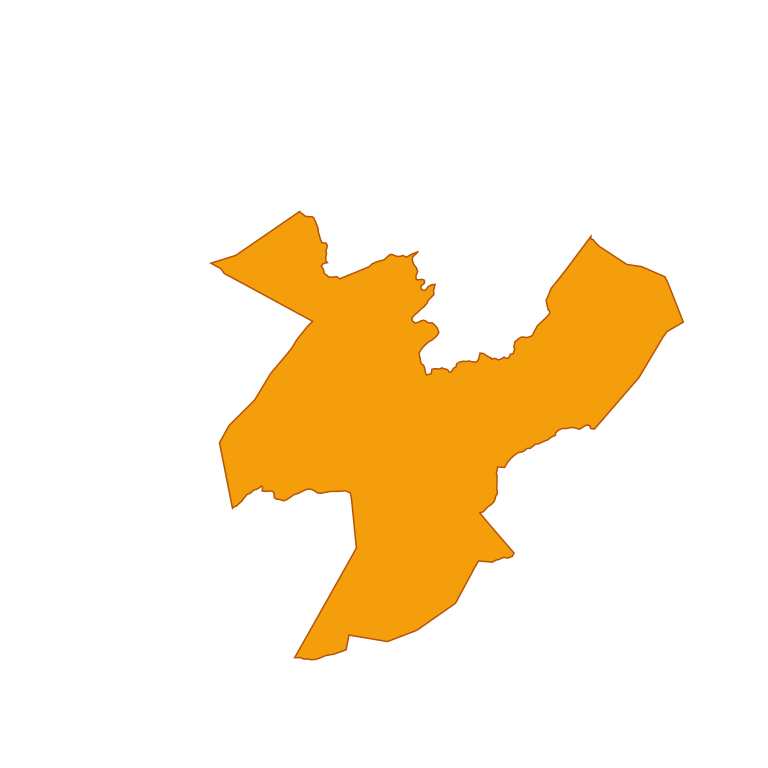 Oeiras, Piauí, Brazil, rotated 41°
{"feature_id": "56859067B10450749339831", "entity_name": "Oeiras", "entity_type": "district", "adm_level": 2, "iso_a3": "BRA", "parent_name": "Brazil", "parent_adm1": "Piauí", "projection": "equal_earth", "projection_center": [-42.206, -6.968], "detail": "fine", "context": "isolated", "style": "filled", "palette": "amber", "viewbox_px": 768, "rotation_deg": 41, "n_neighbors": 0, "source": "geoboundaries", "source_scale": "gbopen_adm2", "svg_char_len": 4358}
<svg xmlns="http://www.w3.org/2000/svg" viewBox="0 0 768 768"><g transform="rotate(41 384 384)"><path d="M443.3,136.8L446.4,178.8L447.0,190.3L447.4,202.2L448.7,205.8L450.1,210.1L451.4,214.4L453.2,215.9L457.4,219.0L459.4,220.3L461.4,220.4L462.8,222.1L462.8,226.5L462.4,231.7L461.8,236.6L461.6,239.7L462.4,243.0L463.0,245.9L464.2,250.1L461.9,254.7L457.0,258.2L455.9,261.3L455.1,266.3L456.3,268.1L457.3,270.4L459.6,271.9L460.5,274.0L461.6,276.2L459.8,278.8L460.9,281.4L460.3,283.8L458.8,284.7L456.9,284.9L456.1,288.3L454.3,291.0L452.5,291.2L450.5,292.2L448.9,294.7L447.4,294.0L445.7,294.8L443.9,295.1L442.2,295.4L439.4,295.6L436.2,297.6L439.2,303.5L439.4,306.7L437.3,308.5L434.7,310.1L432.9,310.9L431.5,313.0L429.2,314.5L426.7,317.6L425.6,321.1L427.1,323.7L426.1,326.7L426.9,330.9L425.2,332.3L423.5,331.6L421.3,331.8L419.8,333.1L417.3,333.6L416.1,336.3L412.5,338.8L410.5,341.4L411.8,343.6L412.9,345.3L411.2,347.6L410.3,349.3L408.6,348.6L406.5,347.2L404.3,345.3L401.5,343.9L398.8,344.2L396.6,342.8L394.6,341.0L392.1,339.3L390.3,337.7L389.4,334.0L389.3,329.5L389.9,323.5L391.5,318.9L392.2,313.9L392.1,311.2L391.5,309.0L387.5,306.8L382.3,306.1L380.1,306.3L378.2,308.2L376.1,309.0L374.1,309.0L371.8,310.1L370.5,312.1L369.5,314.8L367.5,317.5L364.0,317.9L361.9,315.9L361.7,312.0L362.4,307.7L362.8,302.9L363.5,299.3L363.5,294.8L362.5,291.7L363.0,283.7L360.4,281.4L357.2,275.3L354.8,277.9L353.4,281.8L353.9,285.2L353.0,287.0L351.1,288.0L348.7,287.1L347.6,285.5L348.4,281.5L346.5,279.2L344.2,279.9L341.6,282.8L340.0,283.9L337.9,282.4L336.7,280.2L335.5,276.9L332.3,275.1L329.8,274.6L327.4,274.0L324.5,272.2L322.3,269.7L323.0,261.5L319.5,268.5L318.7,271.0L317.5,273.7L314.0,274.5L312.6,276.9L310.5,278.9L307.7,280.1L304.5,281.2L303.5,282.9L303.0,286.7L302.6,290.4L300.6,293.1L299.0,295.5L297.8,297.6L296.2,301.2L295.9,305.2L281.5,333.8L279.5,333.8L277.8,334.1L274.9,337.4L272.0,339.6L269.4,339.4L267.5,339.7L265.5,339.4L263.7,337.5L261.7,336.8L259.5,336.3L259.0,333.7L260.2,331.4L261.7,329.5L259.4,329.1L257.1,326.9L254.8,322.9L252.9,321.7L251.7,318.9L250.4,316.7L247.7,315.6L246.2,317.0L244.2,318.1L242.0,316.9L240.4,316.1L237.7,314.2L235.4,312.8L234.0,311.7L232.8,310.3L230.9,309.1L228.0,307.6L225.3,306.1L223.5,305.5L221.9,304.7L219.9,304.9L218.2,306.7L216.2,307.8L214.6,309.1L212.3,309.0L209.6,309.3L207.1,309.2L187.8,384.1L174.1,406.4L185.2,404.0L190.9,405.4L209.2,401.3L212.0,400.6L266.2,388.6L286.2,384.1L289.0,383.5L288.5,389.7L288.6,394.5L288.8,399.4L288.9,402.3L289.3,408.7L290.4,414.9L290.9,418.5L291.2,425.4L291.5,450.1L296.9,481.2L294.3,517.0L298.4,536.3L351.2,577.2L351.5,574.7L352.7,572.9L353.0,569.4L353.6,565.8L353.2,562.6L353.2,556.7L354.8,554.1L355.2,549.7L356.8,547.4L357.7,545.1L358.5,541.3L360.2,541.8L362.3,544.7L365.1,542.7L367.0,540.7L369.2,538.6L371.0,538.0L373.3,539.1L375.9,541.8L378.2,541.5L381.4,539.5L385.0,537.9L386.5,535.0L387.9,529.8L388.4,527.4L389.5,525.2L391.3,522.2L392.6,518.9L394.0,515.8L395.2,513.6L397.3,511.8L399.3,510.8L401.0,510.4L405.0,509.9L407.7,508.3L409.4,506.1L413.8,500.5L416.4,498.1L418.4,496.4L420.9,494.0L422.4,492.8L423.8,490.9L425.4,489.8L429.9,488.3L434.6,491.8L470.8,525.9L489.9,618.6L496.1,649.2L500.8,645.0L502.7,644.7L504.7,643.7L506.0,642.1L507.9,641.1L510.5,639.4L513.0,636.7L514.9,633.8L518.4,626.9L523.4,620.8L529.8,609.4L522.3,596.5L555.6,576.1L570.4,548.2L571.8,542.7L572.7,539.1L581.8,502.4L572.8,462.7L571.4,455.6L582.7,447.3L583.9,443.7L585.9,441.0L587.0,438.4L588.6,435.8L591.0,434.8L592.5,432.6L593.9,429.9L593.1,426.3L555.3,420.8L540.9,418.5L542.5,415.8L542.8,413.0L542.8,410.1L543.3,407.1L544.1,404.1L544.3,400.6L543.4,398.1L542.1,395.9L541.5,392.5L539.7,390.6L538.0,389.1L535.9,386.9L533.6,383.8L531.1,381.2L529.7,379.2L527.2,377.5L525.7,374.4L524.1,372.0L529.7,368.0L529.3,365.3L528.6,361.4L528.6,356.7L529.1,352.4L530.2,347.9L532.8,344.6L533.8,342.1L534.2,338.9L536.6,336.6L537.7,330.1L539.8,327.9L541.1,325.0L542.7,321.5L544.4,318.4L545.1,314.2L547.0,310.3L545.6,308.2L546.0,304.1L547.9,300.4L549.6,299.2L551.5,297.2L553.1,294.8L556.0,292.2L559.0,290.9L561.0,290.1L562.1,287.6L562.8,284.3L564.7,281.0L566.9,280.6L569.3,282.0L572.4,279.8L572.3,249.9L572.2,211.7L563.8,165.6L563.6,163.2L563.2,158.6L569.3,140.9L566.2,139.3L532.0,121.4L525.6,118.8L501.2,126.5L489.0,134.4L456.3,138.9L449.6,138.4L447.0,137.8L445.0,138.8L443.3,136.8Z" fill="#f59e0b" stroke="#b45309" stroke-width="1.5"/></g></svg>